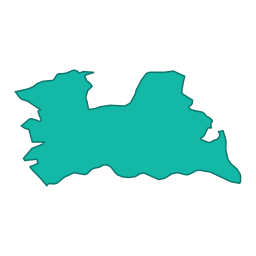 the Province of Utrecht
{"feature_id": "NLD-3484", "entity_name": "Utrecht", "entity_type": "Province", "adm_level": 1, "iso_a3": "NLD", "parent_name": "Netherlands", "parent_adm1": "", "projection": "robinson", "projection_center": [5.188, 52.113], "detail": "fine", "context": "isolated", "style": "filled", "palette": "teal", "viewbox_px": 256, "rotation_deg": 0, "n_neighbors": 0, "source": "natural_earth", "source_scale": "10m", "svg_char_len": 2191}
<svg xmlns="http://www.w3.org/2000/svg" viewBox="0 0 256 256"><path d="M184.7,76.2L184.7,76.4L183.1,82.9L182.2,88.6L181.5,92.3L183.0,94.2L192.6,100.3L192.1,103.6L191.2,105.0L189.4,106.1L189.0,106.5L188.8,107.2L190.4,109.5L196.6,111.1L202.1,112.1L203.9,113.2L206.3,115.9L207.3,116.7L209.5,117.8L211.5,119.6L212.2,120.3L212.2,121.5L210.9,123.5L210.9,125.8L211.2,126.9L211.2,127.6L211.1,128.0L208.2,127.8L206.2,131.2L204.6,134.8L203.9,135.9L202.6,137.1L200.6,138.4L201.0,139.1L201.5,139.7L208.9,142.6L211.3,141.9L214.1,140.2L215.0,140.0L216.1,139.9L217.1,139.3L218.1,138.4L219.2,136.8L219.6,135.5L219.8,134.1L218.6,131.6L223.0,130.8L225.2,137.6L225.5,139.5L226.0,141.4L225.7,149.4L228.0,159.6L231.4,164.3L236.8,168.9L238.7,171.9L239.8,173.4L240.3,174.8L240.6,176.5L240.5,181.8L239.6,183.3L230.7,181.6L210.3,172.0L198.9,170.1L195.6,170.9L190.3,173.8L187.9,174.7L184.9,174.6L177.9,172.6L172.1,173.7L164.3,178.4L158.8,179.5L143.9,173.0L140.0,173.7L135.2,176.6L128.8,177.5L124.9,177.1L122.4,176.8L117.4,174.7L114.9,172.3L111.2,167.3L108.0,165.3L104.4,164.7L101.9,165.7L99.6,167.1L93.5,168.4L91.2,169.8L87.3,173.7L84.6,174.6L73.7,172.6L73.1,173.2L64.6,177.0L57.2,183.0L54.5,183.9L48.5,183.6L46.8,185.7L40.9,178.7L32.5,170.2L30.1,167.1L31.0,166.1L32.7,165.6L34.6,164.9L38.0,163.3L36.8,159.2L24.7,160.5L23.5,158.4L32.0,148.4L42.4,144.3L44.3,142.1L32.3,142.0L29.0,129.5L25.0,128.4L21.4,125.9L23.0,124.5L29.3,119.2L30.6,118.9L32.0,118.7L32.8,119.2L33.7,119.5L35.1,119.7L39.4,121.4L40.5,121.1L41.1,120.5L41.1,119.7L40.7,118.6L39.1,114.9L38.0,111.2L40.4,109.7L27.5,101.1L21.7,99.3L20.1,98.0L18.8,96.5L15.4,91.8L27.7,89.0L33.0,86.9L37.0,83.7L42.8,81.4L53.3,80.3L57.0,74.8L57.8,74.2L59.0,73.6L61.5,73.8L66.6,73.1L73.1,70.3L75.0,70.3L76.6,70.8L77.9,71.6L79.1,73.1L83.4,71.6L94.1,72.4L86.0,74.9L84.7,76.4L85.6,77.9L86.0,78.9L86.3,80.2L86.7,80.9L87.3,81.4L88.1,81.7L89.0,82.4L89.6,83.0L90.1,83.6L90.8,84.4L92.1,86.4L87.7,90.6L85.7,97.4L87.2,102.5L88.6,109.6L95.5,108.5L100.2,106.8L110.2,105.3L124.9,106.0L130.1,103.2L132.0,100.1L133.8,96.6L135.3,94.1L136.2,90.2L141.6,79.8L146.4,73.5L147.6,73.0L149.6,72.3L164.4,72.3L173.4,71.1L184.1,76.1L184.7,76.2Z" fill="#14b8a6" stroke="#0f766e" stroke-width="1.5"/></svg>